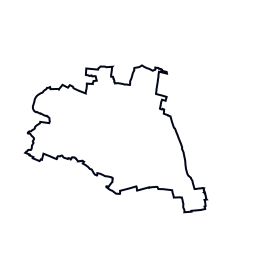 the district of Rosiesti, Vaslui, Romania, rotated 17°
{"feature_id": "2599482B21360728377334", "entity_name": "Rosiesti", "entity_type": "district", "adm_level": 2, "iso_a3": "ROU", "parent_name": "Romania", "parent_adm1": "Vaslui", "projection": "robinson", "projection_center": [27.895, 46.447], "detail": "fine", "context": "isolated", "style": "outline", "palette": "ink", "viewbox_px": 256, "rotation_deg": 17, "n_neighbors": 0, "source": "geoboundaries", "source_scale": "gbopen_adm2", "svg_char_len": 5678}
<svg xmlns="http://www.w3.org/2000/svg" viewBox="0 0 256 256"><g transform="rotate(17 128 128)"><path d="M213.2,189.5L212.8,188.7L221.6,185.1L225.5,182.9L225.2,182.3L224.2,180.8L224.6,180.6L225.1,179.9L224.1,177.9L223.4,176.1L222.2,174.4L224.2,173.4L223.7,173.1L223.5,172.7L223.2,172.5L223.1,171.8L222.5,171.1L222.4,170.8L222.4,170.4L222.2,170.2L221.9,169.6L221.1,168.9L221.0,168.1L220.6,168.0L220.5,167.5L220.3,167.5L220.0,167.6L219.6,167.5L219.7,167.4L219.9,167.2L219.7,166.9L219.8,166.6L219.6,166.5L219.4,166.4L219.4,166.1L219.1,165.9L218.9,165.7L219.0,165.5L218.9,165.3L218.2,164.3L218.4,164.1L218.1,163.6L218.2,163.4L217.4,163.4L216.9,163.6L215.5,164.3L215.4,164.4L215.2,164.5L213.8,165.0L210.9,166.4L209.5,166.9L205.7,161.0L205.3,160.0L204.2,158.9L203.3,158.2L202.8,157.3L201.5,156.7L199.8,156.0L199.5,155.8L198.2,154.5L195.5,150.3L193.7,146.3L192.2,142.4L188.8,136.2L188.3,135.1L185.7,132.1L185.6,131.0L185.2,130.3L183.7,128.2L179.1,122.5L177.5,120.3L176.1,118.7L173.1,114.8L172.3,114.6L171.0,113.2L170.3,112.1L168.5,109.6L166.0,105.7L165.3,104.5L162.7,104.4L162.7,104.1L158.1,103.9L157.2,99.8L155.5,99.6L155.4,100.2L155.3,100.3L154.5,100.4L153.0,100.3L152.9,100.2L152.7,98.0L152.7,96.9L152.5,96.2L152.2,93.8L152.3,91.0L156.0,91.0L155.9,87.0L151.1,87.0L144.9,87.3L144.7,86.6L144.5,85.1L143.8,81.8L143.8,81.1L143.7,80.7L143.4,78.9L143.4,78.6L143.0,75.6L142.7,74.0L142.4,72.3L142.3,71.3L142.3,70.9L142.1,70.0L142.0,69.8L141.6,67.9L141.3,65.9L141.2,65.1L149.4,64.6L148.6,63.1L145.3,63.3L143.2,63.2L143.4,62.3L142.2,62.0L141.6,62.0L140.5,62.4L139.6,61.7L139.4,61.7L138.2,62.0L136.9,62.1L136.4,62.3L137.1,63.8L137.1,64.2L137.0,64.4L135.4,65.5L135.0,66.0L133.7,65.8L131.5,65.3L129.8,65.2L128.7,65.3L126.4,64.9L124.5,64.5L123.9,64.2L123.0,64.1L121.7,65.7L120.7,66.6L116.6,68.7L116.7,70.0L117.2,71.2L116.9,72.0L116.6,74.3L116.8,79.7L116.7,80.3L116.4,82.2L116.8,84.2L117.4,86.2L117.3,86.3L115.1,86.7L113.9,86.8L112.3,87.4L110.2,87.4L105.6,88.0L103.5,88.7L102.8,89.0L102.8,88.8L102.5,88.5L101.7,88.4L101.2,87.5L101.1,86.7L100.4,85.8L100.0,85.1L99.7,85.2L98.7,83.4L96.9,83.9L96.6,83.3L96.3,81.6L96.1,80.9L96.1,80.2L95.6,77.1L95.2,75.5L95.0,74.5L95.2,74.0L89.5,76.2L89.1,76.1L88.8,76.0L86.9,76.3L85.3,76.9L83.9,77.1L83.7,77.3L83.7,77.6L82.9,78.7L82.7,79.1L82.2,79.6L82.2,79.9L82.3,80.4L82.3,80.9L70.7,83.3L72.2,89.6L72.5,89.7L74.0,89.2L74.7,89.3L75.8,89.5L76.2,89.5L76.6,89.1L77.8,88.4L78.5,89.1L78.8,89.1L80.8,88.2L81.9,88.0L82.0,88.0L82.5,89.0L84.3,91.9L83.8,92.1L82.8,92.6L81.8,92.9L81.3,93.2L81.3,93.6L81.4,94.3L81.2,95.0L81.5,96.2L76.4,97.4L76.5,97.5L76.1,97.6L75.7,97.7L76.4,100.0L76.8,102.2L76.9,103.0L76.9,103.6L77.0,104.5L77.2,106.3L77.5,107.3L69.7,106.7L65.4,106.1L64.2,105.8L63.5,104.8L63.1,104.6L59.9,104.0L58.8,107.0L52.8,105.9L50.8,110.8L50.7,111.4L49.8,111.1L49.4,111.2L42.5,113.5L41.7,111.8L41.5,111.6L40.3,112.8L38.9,113.3L38.7,113.6L38.5,114.9L38.2,115.2L37.9,115.4L37.4,116.0L37.1,116.5L36.4,117.6L36.2,118.5L36.1,118.8L35.3,119.7L34.5,120.2L32.9,122.0L31.9,123.3L31.1,124.9L30.7,126.5L30.5,128.2L30.7,129.3L30.8,133.0L30.7,134.8L30.8,135.3L31.3,136.9L31.6,137.4L32.4,138.3L33.0,138.9L33.7,139.4L35.1,139.6L35.6,139.8L36.2,139.3L40.0,140.0L40.2,139.6L44.1,140.4L46.7,140.5L46.9,140.1L47.5,140.2L47.9,140.7L48.7,140.9L49.9,141.4L50.8,143.7L51.3,144.5L51.2,146.4L42.9,147.7L42.3,147.8L42.5,148.9L42.3,149.4L39.5,152.8L38.8,154.4L38.8,154.6L39.0,155.4L39.0,155.8L38.6,156.5L38.0,157.2L37.6,157.5L37.1,158.0L36.5,159.2L36.1,159.6L34.7,160.0L33.8,161.2L33.6,161.6L33.7,162.2L33.9,162.4L34.2,162.5L35.2,162.0L36.4,162.3L38.0,163.5L40.8,165.0L41.1,165.3L41.4,166.4L41.1,167.3L41.1,168.1L40.9,168.5L40.9,168.8L42.0,169.8L42.0,170.2L41.6,171.7L41.3,173.0L41.6,174.0L41.9,176.0L41.8,176.8L41.6,177.3L41.4,177.5L39.7,177.8L39.4,178.0L39.0,178.2L38.8,178.6L38.5,179.6L37.7,180.4L37.0,181.8L41.7,182.1L41.9,182.2L41.7,183.0L46.1,183.5L45.8,184.8L53.1,185.5L53.5,184.8L53.8,183.5L55.0,183.6L54.7,177.3L62.0,177.9L66.1,178.4L68.9,178.6L69.0,178.4L69.2,178.0L68.8,177.0L68.9,176.7L69.0,176.4L69.0,175.9L69.1,175.6L70.6,175.1L71.5,174.9L71.6,174.7L71.7,174.4L72.5,173.8L72.8,173.7L73.4,173.8L74.4,174.7L75.7,175.2L76.2,175.2L78.5,175.1L79.1,174.8L79.2,175.2L79.7,175.2L80.0,174.4L80.2,174.1L81.7,174.1L82.3,174.9L82.5,174.9L82.8,174.3L83.0,172.5L83.2,172.3L84.3,172.2L84.7,171.9L85.5,172.0L85.7,171.8L86.1,172.0L86.3,172.2L87.1,172.7L87.4,172.5L88.4,173.4L90.0,174.3L90.0,174.5L90.7,174.2L91.1,174.0L91.5,174.0L91.9,173.5L92.7,173.5L93.0,173.4L93.3,173.1L93.5,173.1L93.7,172.7L93.9,172.6L94.4,172.7L94.9,172.8L95.5,173.2L95.8,173.2L95.2,175.2L98.1,175.8L100.3,176.6L100.7,176.7L101.4,177.0L103.5,178.3L104.0,178.4L104.7,178.2L105.6,178.4L108.1,180.8L108.3,181.1L109.0,181.6L110.2,182.3L112.2,182.5L112.3,182.4L111.9,180.1L115.0,179.9L119.0,180.5L120.3,180.8L121.2,180.5L124.3,180.1L124.7,180.1L126.1,180.0L126.5,180.1L126.9,180.0L127.6,180.5L128.1,180.4L128.2,180.5L128.2,181.6L128.4,181.8L128.4,182.3L128.6,182.7L128.6,183.3L128.7,183.7L128.6,184.2L128.8,184.4L128.1,185.6L128.0,186.0L126.8,189.2L126.7,189.8L126.3,189.9L124.9,189.9L124.4,190.1L124.4,190.7L124.5,190.8L125.5,191.2L128.9,192.4L130.5,192.6L131.3,192.6L135.8,194.3L139.5,193.4L139.6,192.9L138.8,190.4L147.3,185.2L153.0,181.4L153.2,181.5L153.7,182.2L154.7,184.7L155.0,185.2L165.6,178.5L165.9,179.0L166.8,178.3L168.6,177.4L170.5,176.8L171.6,176.2L173.4,175.8L174.8,177.4L174.9,177.5L179.5,176.2L188.4,174.6L189.7,177.1L191.1,179.1L192.2,181.1L198.3,179.0L198.7,179.0L198.8,179.1L199.8,178.7L201.7,181.8L202.3,183.2L202.6,183.5L203.0,184.1L203.2,184.6L203.8,187.1L204.2,188.0L204.7,188.6L205.4,189.2L206.4,191.0L206.5,191.3L206.4,191.7L206.5,192.1L213.2,189.5Z" fill="none" stroke="#020617" stroke-width="2"/></g></svg>